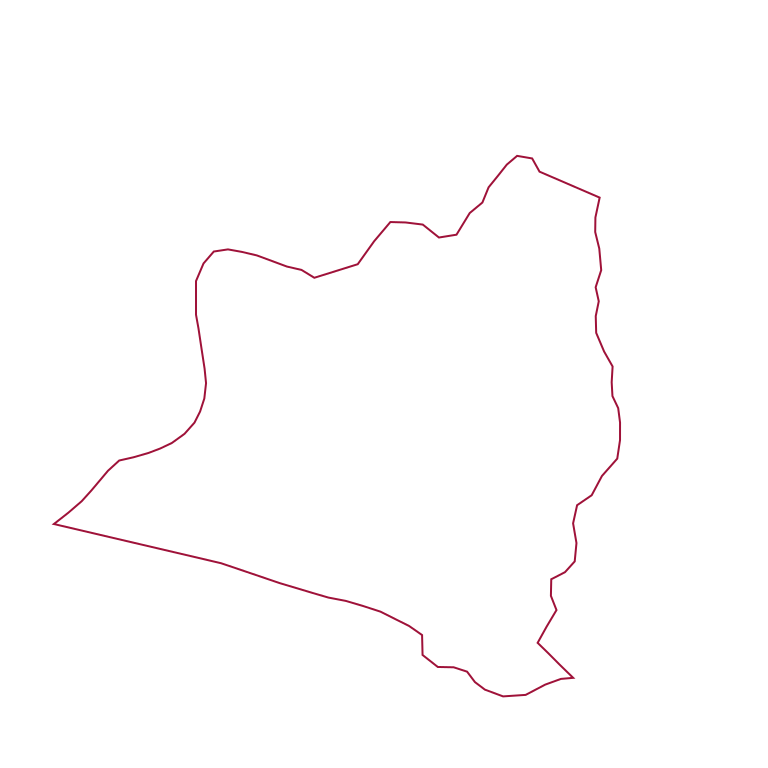 the district of Pescaria Brava, Santa Catarina, Brazil, rotated 198°
{"feature_id": "56859067B22440893254940", "entity_name": "Pescaria Brava", "entity_type": "district", "adm_level": 2, "iso_a3": "BRA", "parent_name": "Brazil", "parent_adm1": "Santa Catarina", "projection": "albers", "projection_center": [-48.887, -28.41], "detail": "fine", "context": "isolated", "style": "outline", "palette": "rose", "viewbox_px": 768, "rotation_deg": 198, "n_neighbors": 0, "source": "geoboundaries", "source_scale": "gbopen_adm2", "svg_char_len": 1330}
<svg xmlns="http://www.w3.org/2000/svg" viewBox="0 0 768 768"><g transform="rotate(198 384 384)"><path d="M236.5,627.9L301.7,634.0L312.8,644.3L327.9,642.1L335.0,630.6L339.9,617.4L345.3,603.4L346.5,587.0L355.3,573.1L361.2,548.4L377.0,540.3L396.4,547.6L413.4,544.3L428.0,540.0L437.5,516.7L446.0,489.8L483.1,463.5L497.7,467.0L512.6,465.7L544.7,467.0L560.1,465.7L574.0,463.8L586.8,457.4L592.9,442.9L594.6,423.8L584.2,391.8L577.6,379.5L568.6,361.5L559.4,343.2L553.5,329.8L550.4,314.7L550.4,301.0L552.3,288.7L558.3,275.0L567.5,262.4L576.9,253.5L586.6,245.7L599.6,236.9L612.2,229.4L619.7,216.2L629.4,192.3L635.3,179.1L644.6,163.8L654.7,148.8L483.6,163.2L458.8,162.9L421.7,162.4L387.2,163.2L370.9,163.7L353.4,165.9L335.0,166.4L317.0,166.4L299.3,163.7L285.3,161.6L270.2,157.0L263.6,138.2L245.4,131.5L230.2,136.1L216.1,136.1L205.4,128.6L193.6,124.5L174.2,123.7L153.2,132.1L137.8,147.9L124.6,158.2L113.3,163.0L130.7,171.6L144.7,178.8L157.9,185.3L154.4,203.3L150.1,222.3L159.8,234.1L164.6,250.0L153.7,261.0L147.8,274.2L151.8,292.2L161.1,309.9L162.9,328.4L152.1,342.4L148.3,363.9L139.1,385.1L142.2,403.6L147.6,420.3L153.8,433.4L163.0,443.1L168.0,456.0L172.0,471.3L184.7,482.9L198.0,498.2L203.6,514.0L205.3,529.0L212.6,541.4L212.6,559.4L221.1,579.3L230.1,593.8L234.4,607.7L236.5,627.9Z" fill="none" stroke="#9f1239" stroke-width="2"/></g></svg>